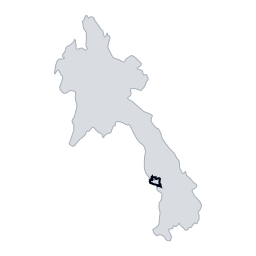 Songkhone, Savannakhét, Laos shown in context
{"feature_id": "54806243B4433821192490", "entity_name": "Songkhone", "entity_type": "district", "adm_level": 2, "iso_a3": "LAO", "parent_name": "Laos", "parent_adm1": "Savannakhét", "projection": "equal_earth", "projection_center": [105.362, 16.147], "detail": "fine", "context": "in_parent", "style": "outline", "palette": "ink", "viewbox_px": 256, "rotation_deg": 0, "n_neighbors": 0, "source": "geoboundaries", "source_scale": "gbopen_adm2", "svg_char_len": 5632}
<svg xmlns="http://www.w3.org/2000/svg" viewBox="0 0 256 256"><path d="M94.0,18.4L95.0,20.8L100.0,27.5L100.8,29.3L102.7,30.7L104.2,36.6L104.8,37.0L105.6,36.6L106.3,35.7L106.8,33.4L107.2,33.2L107.7,35.1L109.1,35.7L109.7,36.5L109.9,37.9L109.7,39.4L108.5,42.7L107.8,47.3L112.6,57.0L114.7,58.4L119.6,59.9L122.9,62.1L124.5,61.6L125.9,59.2L127.7,57.8L131.0,55.7L132.0,55.6L133.8,56.4L136.8,58.9L141.3,63.4L141.2,64.6L140.3,65.8L137.9,67.6L137.1,68.8L137.6,69.2L139.6,69.5L142.0,70.5L142.7,71.7L143.1,74.4L143.6,74.9L145.8,74.6L146.5,75.0L147.2,75.9L148.0,78.1L148.0,79.8L145.8,82.8L145.5,84.6L144.4,86.7L141.4,90.3L140.6,90.5L135.0,88.5L130.5,88.8L130.2,89.5L130.9,91.7L131.1,93.8L130.4,95.5L127.9,97.6L127.8,98.5L128.3,99.4L132.0,101.3L143.8,111.6L149.3,113.6L151.6,114.9L152.2,115.6L152.2,116.5L151.6,117.7L151.1,119.7L151.1,120.9L151.6,122.1L152.6,123.8L155.9,127.8L158.3,128.7L160.9,133.2L161.7,137.1L162.9,139.6L169.1,148.1L174.3,153.4L177.3,159.0L178.8,160.3L179.3,162.3L179.7,168.3L181.5,171.3L181.9,172.5L182.7,173.4L183.5,173.5L185.4,171.6L185.7,171.9L186.5,175.0L187.3,176.2L190.0,178.1L193.0,181.9L194.5,183.3L196.5,184.4L196.8,185.6L196.4,186.8L195.8,187.6L192.4,189.8L192.0,190.7L194.2,195.6L199.9,201.6L201.6,205.2L201.2,207.0L199.7,210.5L198.5,211.4L198.2,212.5L199.1,215.4L199.0,219.8L198.0,220.9L197.0,223.6L196.3,223.8L194.6,222.8L191.0,227.5L189.4,227.2L187.6,229.8L185.3,230.2L183.6,228.2L180.2,225.1L179.0,223.2L177.9,224.9L176.1,226.5L173.5,225.9L172.8,228.2L172.3,228.6L169.2,229.1L168.6,229.4L169.1,231.6L171.0,235.2L171.5,237.2L170.4,240.6L167.2,240.6L165.7,239.2L163.9,236.3L159.8,234.4L157.1,235.7L156.2,235.6L154.2,233.2L153.4,231.7L152.9,229.3L156.1,227.5L157.7,226.0L158.7,224.5L159.1,222.9L159.6,216.1L160.1,213.8L159.8,210.9L159.0,208.6L159.0,205.2L159.4,202.4L160.6,201.0L161.5,199.0L162.0,194.6L161.6,193.4L160.4,192.3L158.4,191.3L157.2,190.0L156.7,188.4L156.7,187.0L157.3,185.8L155.8,184.5L152.3,183.0L150.3,181.3L149.8,179.2L148.4,176.5L145.8,173.2L144.4,168.4L144.3,162.1L144.6,157.0L145.7,151.2L144.3,146.9L142.6,144.7L140.3,143.0L138.2,140.7L136.1,137.6L133.6,133.0L130.8,127.0L128.8,124.4L127.8,125.0L125.8,124.4L122.6,122.7L119.8,121.7L117.4,121.6L115.9,122.0L115.2,122.9L115.1,123.8L115.7,124.7L115.4,125.4L114.2,125.9L113.1,126.9L112.0,129.1L111.2,132.0L110.0,133.1L108.2,133.3L106.4,134.2L104.7,135.6L103.8,136.6L103.9,137.4L103.5,137.5L102.7,137.1L102.3,136.2L102.3,134.7L101.4,133.7L99.6,133.1L97.5,131.5L93.6,127.4L92.7,127.2L91.3,128.3L89.6,130.6L88.2,131.5L87.1,131.0L86.2,131.9L85.6,134.0L84.5,135.6L79.1,140.1L74.2,145.9L73.0,146.4L70.1,144.8L69.2,143.7L73.3,131.9L73.9,129.0L73.8,125.2L72.1,122.0L72.1,121.1L72.3,120.1L74.4,116.5L76.9,107.1L76.8,104.1L75.8,100.9L75.2,97.9L75.7,93.7L75.6,92.1L74.4,91.3L70.8,90.5L68.7,91.1L67.7,92.3L66.4,93.0L64.1,93.4L61.9,92.0L60.1,89.6L59.7,86.7L62.1,80.4L62.7,78.0L62.6,76.8L62.2,75.6L61.7,75.5L60.5,74.0L59.4,71.4L58.4,70.2L57.4,70.4L56.4,71.4L54.9,73.9L54.4,73.6L55.8,64.9L57.1,61.2L58.7,59.5L60.2,58.8L61.9,59.1L63.3,58.8L64.4,57.9L64.3,57.3L63.0,57.2L62.5,56.2L62.8,54.4L63.4,53.2L64.3,52.7L65.2,50.8L66.1,47.7L67.2,46.1L68.4,46.0L70.5,44.7L73.5,42.0L74.6,39.4L75.7,40.6L75.3,43.6L75.9,44.2L76.1,45.3L76.0,47.0L76.2,48.4L76.7,49.1L77.3,49.4L80.5,48.2L82.4,48.1L85.5,50.3L87.4,48.7L87.4,48.1L85.9,46.0L86.4,38.4L86.3,32.7L83.7,28.5L83.2,26.8L83.0,24.0L82.3,21.6L84.1,19.7L85.2,16.2L86.5,15.4L86.9,15.5L88.4,18.1L90.5,16.8L92.0,16.8L93.3,17.5L94.0,18.4Z" fill="#d9dde1" stroke="#a8b0b8" stroke-width="1"/><path d="M152.0,176.6L151.9,176.7L151.7,176.9L151.6,177.0L151.7,177.4L151.7,177.6L151.7,177.8L151.8,178.1L152.0,178.3L152.1,178.6L152.2,178.8L152.3,179.0L152.5,179.1L152.6,179.3L152.6,179.5L152.4,179.8L152.3,180.0L152.2,180.0L151.9,180.2L151.7,180.1L151.6,179.8L151.5,179.6L151.4,179.6L151.2,179.6L150.8,179.6L150.7,179.5L150.4,179.9L150.2,180.0L150.3,180.1L150.2,180.2L150.2,180.4L150.1,180.5L149.8,181.0L149.8,181.3L149.8,181.5L150.0,181.7L150.0,181.8L150.0,182.0L150.1,182.3L150.1,182.5L150.2,182.8L150.3,182.8L150.5,182.9L150.6,183.0L150.8,183.2L151.0,183.2L151.4,183.1L151.6,183.4L151.8,183.4L152.0,183.4L152.0,183.5L152.3,183.6L152.5,183.7L152.7,183.8L153.2,184.1L153.4,184.1L153.8,184.3L154.0,184.3L154.5,184.3L154.9,184.4L155.1,184.5L155.3,184.5L155.5,184.7L155.8,184.7L156.0,184.7L156.3,184.8L156.5,184.9L156.7,185.0L156.9,185.0L157.1,185.0L157.3,185.1L157.5,185.1L157.6,185.3L157.7,185.5L157.7,185.8L157.8,185.8L157.9,185.7L158.0,185.7L158.0,185.8L158.2,185.7L158.3,185.6L158.4,185.4L158.5,185.4L158.5,185.5L158.4,185.5L158.5,185.6L158.8,185.5L158.8,185.4L159.0,185.5L159.1,185.8L159.2,186.0L159.3,186.0L159.5,186.0L159.8,186.2L160.0,186.0L159.9,186.2L160.0,186.3L160.3,186.3L160.5,186.3L160.6,186.5L160.8,186.6L160.7,186.3L160.6,186.0L160.6,185.5L160.6,185.2L160.5,184.8L160.4,184.7L160.3,184.4L160.2,184.1L160.1,183.9L159.9,183.7L159.6,183.3L159.5,183.1L159.5,182.9L159.4,182.6L159.4,182.2L159.4,181.9L159.4,181.6L159.5,181.5L159.5,181.4L159.5,180.9L159.6,180.7L159.6,180.4L159.7,180.2L159.8,179.9L159.8,179.6L159.9,179.3L159.9,179.1L159.9,178.9L159.9,178.7L159.7,178.5L159.5,178.3L159.4,178.3L159.1,178.3L158.6,178.2L158.3,178.2L158.2,178.2L157.9,178.4L157.8,178.6L157.7,178.7L157.2,178.8L156.8,178.7L156.7,178.7L156.4,178.7L156.3,178.8L156.2,178.7L155.9,178.7L155.7,178.5L155.6,178.4L155.6,178.2L155.5,178.3L155.5,178.2L155.4,178.0L155.4,177.9L155.3,177.7L155.3,177.4L155.2,177.3L155.2,177.2L155.2,177.3L155.1,177.2L154.9,177.1L154.7,177.1L154.4,177.2L153.9,177.2L153.5,177.2L153.4,177.2L153.1,177.2L152.9,177.1L152.6,177.0L152.5,176.9L152.4,176.9L152.0,176.7L152.0,176.6Z" fill="none" stroke="#020617" stroke-width="2"/></svg>